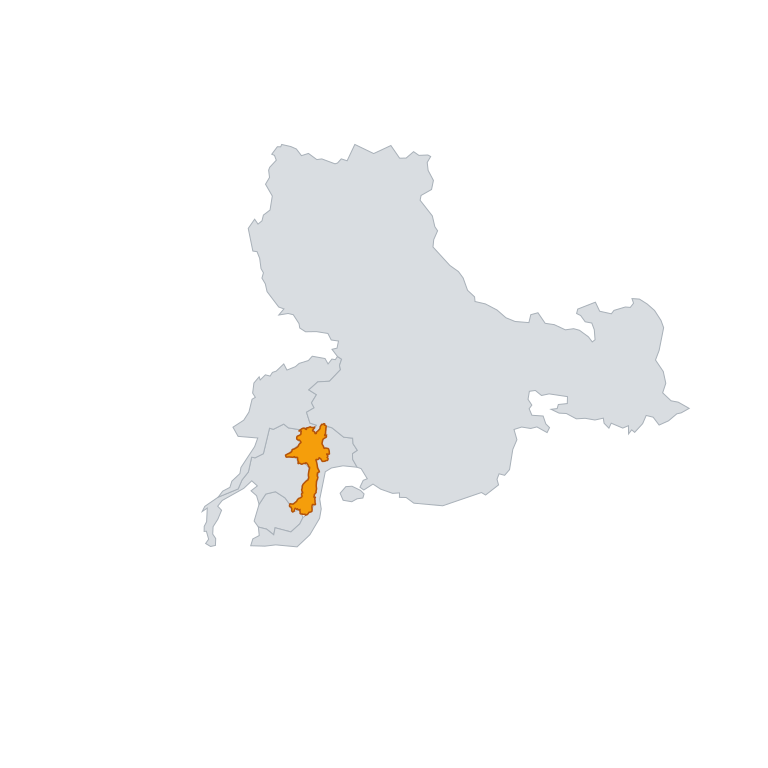 Laos highlighted among its neighbors, rotated 43°
{"feature_id": "LAO", "entity_name": "Laos", "entity_type": "country or territory", "adm_level": 0, "iso_a3": "LAO", "parent_name": "Asia", "parent_adm1": "", "projection": "natural_earth1", "projection_center": [103.796, 18.208], "detail": "fine", "context": "with_neighbors", "style": "filled", "palette": "amber", "viewbox_px": 768, "rotation_deg": 43, "n_neighbors": 5, "source": "natural_earth", "source_scale": "50m", "svg_char_len": 9757}
<svg xmlns="http://www.w3.org/2000/svg" viewBox="0 0 768 768"><g transform="rotate(43 384 384)"><path d="M374.7,557.2L372.6,545.1L378.1,536.8L389.2,534.8L397.3,536.3L404.3,540.2L408.2,533.3L415.8,537.0L417.8,543.7L416.8,555.7L402.4,563.4L406.2,569.5L397.1,570.2L389.7,574.3L382.5,572.8L374.7,557.2Z" fill="#d9dde1" stroke="#a8b0b8" stroke-width="1"/><path d="M397.3,536.3L389.2,534.8L378.1,536.8L372.6,545.1L374.7,557.2L367.0,552.6L359.6,552.8L360.9,544.9L353.3,545.0L352.6,556.0L345.1,579.5L345.7,586.8L351.3,587.1L354.7,596.2L356.3,604.9L361.1,610.6L366.3,611.8L370.8,617.0L368.0,621.1L362.3,622.3L361.6,617.1L354.5,612.8L353.0,614.5L349.6,610.7L348.2,605.7L339.4,595.3L338.0,601.2L336.4,595.7L339.9,579.8L348.9,560.2L345.6,551.0L344.8,540.8L337.1,527.8L340.1,525.9L343.3,517.2L330.4,494.4L334.0,492.6L338.0,481.7L344.0,481.3L353.9,474.6L357.5,477.7L358.0,483.7L363.7,484.2L361.6,494.8L361.7,503.8L370.7,497.8L373.3,499.5L378.3,499.3L380.0,495.8L386.4,496.5L392.9,504.6L393.5,514.5L400.4,523.3L400.0,531.8L397.3,536.3Z" fill="#d9dde1" stroke="#a8b0b8" stroke-width="1"/><path d="M353.9,474.6L344.0,481.3L338.0,481.7L334.0,492.6L330.4,494.4L343.3,517.2L340.1,525.9L337.1,527.8L344.8,540.8L345.6,551.0L348.9,560.2L339.9,579.8L339.1,572.4L341.8,564.7L339.0,558.8L339.7,547.8L336.3,542.6L332.1,518.0L328.5,509.6L313.0,521.8L303.0,518.6L306.1,506.1L304.4,496.7L297.9,485.1L299.0,481.5L294.1,480.2L288.2,472.0L287.8,463.9L290.7,465.5L291.0,458.2L295.3,455.9L294.5,451.6L296.4,448.1L297.0,437.7L303.5,440.0L307.4,431.7L307.9,426.8L312.7,418.4L312.6,412.6L323.5,405.6L329.4,407.5L328.9,401.3L331.8,399.4L331.2,395.6L336.1,394.8L338.8,400.8L342.4,403.2L342.2,419.2L334.1,427.6L333.0,439.6L341.9,437.9L343.8,447.2L349.1,449.1L346.6,457.5L356.5,463.1L362.7,460.2L362.9,464.3L355.7,470.9L353.9,474.6Z" fill="#d9dde1" stroke="#a8b0b8" stroke-width="1"/><path d="M389.7,574.3L397.1,570.2L406.2,569.5L402.4,563.4L416.8,555.7L417.8,543.7L415.8,537.0L417.3,527.0L415.1,519.9L408.6,512.9L396.1,492.2L385.9,486.2L388.4,482.5L393.8,479.9L390.5,471.1L380.0,471.1L371.3,454.0L375.9,451.5L390.8,450.4L398.0,445.0L402.1,448.8L409.8,450.7L408.5,456.5L412.5,460.5L421.1,463.2L409.8,471.8L402.8,481.3L400.9,488.2L415.5,512.0L423.3,518.2L428.5,526.2L432.6,544.8L431.5,562.4L414.5,575.5L407.5,583.8L396.8,593.2L393.7,586.7L396.1,579.9L389.7,574.3Z" fill="#d9dde1" stroke="#a8b0b8" stroke-width="1"/><path d="M433.4,496.9L426.4,493.8L426.1,485.1L430.3,480.6L439.5,477.8L444.4,478.0L446.3,481.8L442.6,486.3L440.7,492.1L433.4,496.9ZM199.3,254.1L199.2,248.5L204.8,245.9L199.3,228.7L219.3,222.5L226.4,204.9L241.4,208.2L246.1,203.7L247.2,193.9L253.6,193.0L259.9,186.6L263.0,185.8L264.5,192.5L270.6,197.7L281.3,201.4L286.1,209.3L282.5,220.8L285.1,225.0L304.7,228.1L313.9,234.3L318.7,235.4L321.9,244.5L326.4,250.4L351.3,252.4L361.8,251.0L369.6,252.5L381.2,258.5L390.8,258.5L394.3,261.6L403.5,256.3L416.2,252.8L428.0,252.4L437.2,248.9L448.1,240.3L444.1,233.2L448.0,226.9L460.5,229.7L468.0,224.5L479.7,220.7L485.0,214.2L490.3,211.4L501.4,210.1L507.6,211.2L508.2,207.7L500.8,200.9L494.4,197.7L488.7,201.3L481.1,199.8L476.8,201.1L474.6,197.1L482.8,180.0L492.1,183.7L502.4,177.6L502.0,173.3L508.0,163.1L511.9,160.0L511.4,154.7L507.1,152.4L512.9,147.7L521.9,146.0L531.7,145.7L543.2,148.6L550.1,152.1L562.3,171.8L566.2,181.3L579.7,184.4L589.6,191.3L593.8,200.4L605.4,200.5L611.6,196.6L623.8,193.7L621.0,202.5L618.5,206.1L617.2,216.9L613.2,226.4L603.5,224.7L597.2,228.2L600.2,236.6L600.3,248.4L596.4,248.6L596.9,253.7L591.2,247.8L588.7,253.4L576.9,257.7L578.6,262.9L571.7,262.6L567.7,259.4L562.8,266.5L554.5,271.9L548.4,278.3L537.5,281.2L531.9,285.9L523.4,288.6L527.4,283.9L525.5,280.1L531.4,273.3L526.8,268.1L511.5,278.6L507.0,285.0L499.1,285.5L495.3,290.2L499.8,297.0L506.5,298.6L507.0,303.1L513.5,306.0L522.2,298.9L529.5,302.8L534.8,303.0L536.4,308.3L525.1,311.1L521.6,316.5L514.0,321.6L510.1,328.6L519.2,334.1L522.8,344.0L534.2,361.0L534.5,368.5L529.4,371.2L531.6,376.6L536.6,379.7L534.0,395.9L529.3,396.9L510.0,433.0L487.1,450.8L477.6,451.9L472.6,456.4L469.6,453.1L464.9,458.1L453.2,463.2L444.2,464.7L441.5,475.3L436.8,475.9L434.5,468.6L436.4,464.7L425.0,461.5L421.1,463.2L412.5,460.5L408.5,456.5L409.8,450.7L402.1,448.8L398.0,445.0L390.8,450.4L375.9,451.5L367.0,455.5L368.2,467.0L363.7,466.7L362.7,460.2L356.5,463.1L346.6,457.5L349.1,449.1L343.8,447.2L341.9,437.9L333.0,439.6L334.1,427.6L342.2,419.2L342.4,403.2L338.8,400.8L336.1,394.8L331.2,395.6L322.3,394.1L325.2,389.8L321.4,383.6L315.4,387.8L308.5,385.3L298.8,391.8L291.0,399.3L284.2,400.5L280.7,397.8L270.4,395.2L265.8,397.8L260.0,405.3L259.6,397.3L254.5,399.5L235.5,396.2L228.9,391.7L222.5,389.8L220.0,384.9L215.4,383.5L207.4,376.9L200.9,373.8L197.4,376.2L178.6,362.8L177.0,351.7L182.8,353.0L183.5,347.9L180.6,342.7L182.0,334.5L174.1,322.7L161.1,318.7L159.4,311.0L153.8,306.3L152.6,303.4L152.6,293.8L148.0,291.5L145.2,292.5L144.2,283.2L146.7,281.0L145.8,278.6L153.9,273.9L159.6,271.9L167.9,273.3L171.5,266.9L181.8,265.7L185.0,261.8L198.0,256.4L199.3,254.1Z" fill="#d9dde1" stroke="#a8b0b8" stroke-width="1"/><path d="M371.0,454.8L371.4,455.8L372.4,456.9L373.6,458.4L374.0,459.1L374.8,459.6L375.0,460.1L375.2,461.0L375.3,461.6L375.5,461.9L375.8,462.1L376.1,461.9L376.4,461.6L376.6,460.7L376.8,460.6L377.0,461.3L377.3,461.4L377.6,461.5L377.9,461.9L378.0,462.4L377.9,463.0L377.6,463.6L377.4,464.3L377.2,465.3L377.1,466.0L377.3,466.7L379.2,469.8L380.1,470.3L382.2,470.9L383.0,471.4L383.7,471.8L384.4,471.6L385.0,470.6L385.8,470.1L387.2,469.3L387.7,469.3L388.4,469.6L389.8,470.5L390.7,471.4L391.3,471.9L391.7,472.3L391.7,472.7L391.3,473.2L390.9,473.4L390.3,473.9L389.9,474.3L390.1,474.5L391.0,474.6L392.0,475.0L392.4,475.5L392.4,475.9L392.5,476.5L393.7,476.6L394.0,476.7L394.3,477.1L394.7,477.9L394.7,478.6L394.0,479.3L393.7,479.7L393.6,480.4L393.1,481.2L391.8,482.6L391.4,482.7L389.0,481.9L387.9,482.0L387.3,482.0L387.1,482.0L386.9,482.3L387.2,483.2L387.3,484.0L387.0,484.6L386.2,485.1L385.9,485.4L385.9,485.8L386.1,486.1L386.9,486.5L387.7,486.9L390.6,489.0L391.2,489.5L392.0,490.2L392.9,490.8L395.3,491.6L396.3,492.1L396.6,492.3L396.5,492.7L396.3,493.1L396.1,493.9L396.0,494.4L396.3,494.8L396.7,495.5L397.6,496.5L398.2,497.0L398.7,497.1L399.2,497.3L399.7,498.1L400.3,499.0L400.4,499.7L400.7,500.5L401.2,501.5L402.0,502.4L403.0,503.6L403.6,504.4L403.9,504.7L406.2,506.7L406.7,507.5L407.5,508.9L407.8,509.1L408.2,509.4L408.4,510.2L408.4,510.7L408.5,512.4L409.0,512.9L409.3,513.6L409.5,514.0L409.8,514.4L410.2,514.4L410.6,514.0L411.0,513.7L411.2,513.8L411.5,515.0L411.8,515.4L412.5,515.8L413.0,516.2L414.3,517.6L415.0,518.1L415.4,518.3L415.8,518.5L416.0,519.0L415.8,519.4L415.5,519.7L414.1,520.6L413.9,520.9L414.1,521.5L414.5,522.2L414.9,522.8L415.4,523.4L416.4,524.3L417.3,525.1L417.8,525.9L418.1,526.4L417.9,527.1L417.5,527.8L417.2,528.4L416.7,528.8L416.6,529.2L416.8,529.8L417.0,530.3L416.9,530.8L416.9,532.0L416.5,532.4L416.1,533.4L415.8,533.5L415.0,533.1L414.8,533.3L414.3,534.0L413.4,534.8L413.0,534.9L412.8,534.8L412.4,535.1L412.0,535.7L411.8,535.7L411.0,535.9L410.7,535.7L410.3,535.1L409.6,534.6L409.1,534.2L408.8,534.0L408.5,533.5L408.2,533.2L407.8,533.9L407.0,534.5L406.2,534.4L405.9,534.3L405.6,535.1L405.4,535.3L404.0,535.4L403.8,535.6L404.0,536.4L404.8,537.8L405.0,538.5L404.5,539.8L403.1,539.8L402.5,539.3L401.9,538.5L401.7,538.2L399.9,537.5L398.7,538.0L398.4,537.9L397.8,537.4L397.5,537.0L397.2,536.4L397.0,535.8L397.0,535.6L397.5,535.3L398.3,534.8L399.0,534.3L399.5,533.7L399.6,533.1L399.7,532.4L399.9,530.6L400.1,529.7L399.9,528.6L399.6,527.7L399.6,526.4L399.7,525.8L399.8,525.4L400.3,524.8L400.6,524.1L400.8,523.1L400.8,522.4L400.7,522.0L400.2,521.6L399.3,521.2L398.8,520.7L398.5,520.1L398.6,519.5L398.8,519.1L398.2,518.6L396.6,518.0L395.8,517.4L395.6,516.6L394.9,515.5L393.8,514.3L393.2,512.5L393.2,510.1L393.3,508.1L393.8,505.9L393.1,504.3L392.4,503.4L391.4,502.8L390.5,501.9L389.6,500.7L388.5,499.0L387.2,496.7L386.4,495.7L385.9,495.9L385.0,495.7L383.7,495.0L382.4,494.7L381.4,494.6L380.7,494.8L380.4,495.1L380.4,495.5L380.7,495.8L380.5,496.1L380.0,496.3L379.6,496.6L379.1,497.5L378.7,498.6L378.2,499.0L377.4,499.1L376.6,499.4L375.9,500.0L375.5,500.4L375.6,500.6L375.4,500.7L375.0,500.5L374.8,500.2L374.9,499.6L374.5,499.2L373.7,499.0L372.8,498.4L371.7,497.4L371.0,496.8L370.6,496.8L370.1,497.2L369.3,498.1L368.7,498.4L368.2,498.2L367.8,498.5L367.6,499.3L367.1,500.0L366.0,500.7L366.0,500.8L364.8,501.7L363.8,502.6L362.7,503.9L362.1,504.1L361.6,503.8L360.9,503.5L360.5,503.1L361.2,500.9L362.2,498.5L362.5,497.4L362.5,496.6L362.4,496.0L362.1,495.3L361.7,494.8L361.7,494.4L361.8,494.1L362.2,493.5L362.7,492.7L363.2,490.9L363.7,489.1L363.7,487.9L363.2,486.7L363.0,485.5L363.2,483.9L363.1,483.3L362.6,483.0L361.0,482.7L360.5,482.7L360.1,482.9L359.7,483.4L359.1,483.6L358.1,483.8L357.2,483.3L356.4,482.3L356.2,481.2L356.8,479.9L357.2,478.8L357.5,477.9L357.4,477.4L357.3,477.0L357.0,476.9L356.5,476.4L356.0,475.3L355.6,474.9L355.1,475.0L354.7,475.4L354.3,476.0L354.0,476.3L353.8,476.2L353.9,475.6L354.0,475.0L354.4,472.8L355.0,471.4L355.7,470.8L356.4,470.5L357.1,470.6L357.7,470.5L358.2,470.1L358.1,469.9L357.6,469.9L357.3,469.5L357.5,468.8L357.7,468.3L358.1,468.1L358.5,467.4L358.9,466.2L359.3,465.6L359.9,465.6L360.8,465.0L362.1,464.0L362.6,463.0L363.1,463.5L362.9,464.6L363.1,464.9L363.3,465.3L363.2,465.9L363.3,466.5L363.5,466.7L363.8,466.9L365.1,466.4L366.0,466.4L366.3,466.7L366.7,466.9L367.1,467.0L367.4,467.2L367.6,467.1L368.0,466.7L368.2,466.3L367.9,465.9L367.5,465.5L367.5,464.7L367.7,463.3L367.7,462.6L367.7,460.9L367.7,460.4L367.3,459.8L366.5,458.8L366.3,458.1L366.2,457.4L366.2,457.0L366.0,456.5L365.9,456.1L366.2,455.9L366.7,455.4L366.9,454.6L367.1,454.0L367.4,453.8L367.7,453.7L367.9,453.7L368.6,454.7L369.4,454.2L370.1,454.2L370.7,454.5L371.0,454.8Z" fill="#f59e0b" stroke="#b45309" stroke-width="1.5"/></g></svg>